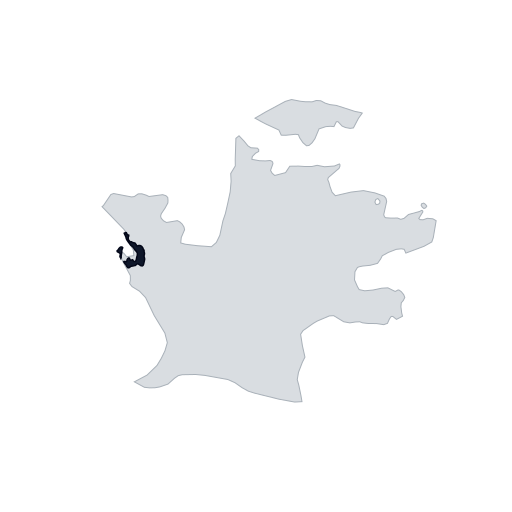 Lankaran District, Lankaran, Azerbaijan (highlighted), rotated 138°
{"feature_id": "54616110B17009633679109", "entity_name": "Lankaran District", "entity_type": "district", "adm_level": 2, "iso_a3": "AZE", "parent_name": "Azerbaijan", "parent_adm1": "Lankaran", "projection": "equal_earth", "projection_center": [49.011, 39.075], "detail": "fine", "context": "in_parent", "style": "filled", "palette": "ink", "viewbox_px": 512, "rotation_deg": 138, "n_neighbors": 0, "source": "geoboundaries", "source_scale": "gbopen_adm2", "svg_char_len": 5089}
<svg xmlns="http://www.w3.org/2000/svg" viewBox="0 0 512 512"><g transform="rotate(138 256 256)"><path d="M337.4,395.7L335.6,395.6L322.7,398.8L320.0,397.7L309.0,383.2L306.7,381.6L302.0,381.0L299.2,378.6L296.9,374.7L295.7,371.8L284.3,364.0L282.6,361.1L282.4,358.6L284.1,356.3L286.0,354.4L291.6,352.4L298.1,350.8L300.2,349.5L301.2,347.5L301.2,344.1L300.1,340.8L290.8,334.9L289.8,332.3L289.5,329.1L290.1,325.8L291.5,323.3L299.1,319.8L303.2,316.1L300.7,312.1L292.6,302.8L282.9,292.7L276.4,292.6L269.0,295.6L257.0,304.3L250.4,308.0L241.7,314.1L232.3,320.9L224.5,328.2L219.6,334.2L211.1,336.8L206.7,341.8L192.2,356.9L188.2,356.7L188.0,349.2L188.3,343.3L187.4,339.9L182.8,335.2L182.8,333.2L184.1,331.9L187.6,332.7L192.2,332.4L194.4,330.6L189.6,324.4L185.3,320.3L181.6,317.5L180.8,315.8L180.8,314.7L181.6,313.3L187.9,309.9L188.6,306.8L188.2,303.3L178.3,298.2L170.8,300.1L164.2,294.3L159.9,289.9L154.6,285.1L149.9,282.5L145.4,276.5L137.5,270.4L132.4,268.6L132.5,267.7L133.5,266.6L135.6,265.6L149.8,265.9L151.6,264.8L152.5,262.1L154.5,258.2L156.8,252.5L156.7,247.7L142.6,239.9L132.4,232.7L125.4,223.3L120.7,214.7L120.9,211.8L122.4,209.1L133.5,201.2L134.3,199.1L134.1,197.7L130.2,193.7L125.4,189.5L123.9,186.4L120.8,184.9L114.9,184.8L104.6,179.6L102.4,179.1L101.9,178.1L102.5,177.1L109.9,175.0L109.8,173.3L107.6,171.1L103.5,169.4L99.7,165.3L98.5,161.7L112.0,151.0L116.0,148.8L124.7,150.8L142.7,157.9L141.4,161.8L143.2,164.1L147.3,167.1L155.2,170.1L162.0,171.7L165.4,170.4L170.6,169.2L177.4,172.7L183.5,177.2L186.6,179.0L188.3,179.6L193.0,178.1L198.8,172.3L201.1,165.4L201.8,162.0L198.5,157.4L191.8,152.4L184.2,148.0L179.3,144.1L176.3,136.5L173.1,135.7L172.4,134.7L171.9,132.1L172.1,128.4L173.2,125.6L176.3,124.4L179.4,124.0L182.3,121.3L185.9,116.1L187.4,113.2L194.0,114.9L194.8,119.6L196.0,120.6L198.8,120.0L203.4,118.0L207.0,119.5L211.6,125.1L218.0,131.0L221.5,135.0L222.9,137.7L226.2,140.4L231.0,143.5L234.8,148.4L238.2,159.7L241.6,162.4L254.1,166.7L258.5,167.6L270.9,169.1L275.2,168.0L281.6,158.2L287.3,148.1L292.7,146.0L302.3,141.1L308.1,136.5L310.5,131.6L316.0,122.2L319.3,117.0L325.0,121.6L334.8,134.3L348.8,155.0L352.2,160.8L354.5,167.6L356.4,175.9L359.6,183.1L373.9,201.5L380.1,208.3L390.2,217.1L393.8,219.1L398.5,219.7L407.1,219.7L415.1,223.1L419.1,225.6L423.2,229.1L426.8,233.1L430.6,243.9L416.7,240.4L402.8,240.9L394.9,243.3L387.2,246.4L379.9,250.9L375.3,259.7L371.5,279.9L365.9,298.9L366.1,307.7L368.6,316.2L368.3,320.2L365.7,321.9L362.5,325.5L358.1,343.0L356.0,346.5L353.2,348.7L352.4,346.6L352.6,342.0L346.5,338.0L343.2,342.5L341.0,352.2L336.5,362.3L336.3,364.3L337.4,395.7ZM131.6,216.5L132.3,213.8L130.5,212.6L128.7,212.5L127.1,213.9L127.0,217.2L129.2,217.8L131.6,216.5ZM84.4,295.5L82.3,292.7L81.4,291.1L87.6,289.8L97.9,286.0L100.7,287.9L103.6,291.7L105.1,295.0L105.2,301.0L106.5,302.0L111.5,300.0L113.7,302.4L117.5,305.4L124.1,308.3L133.8,303.7L138.6,302.6L142.6,302.7L144.7,304.1L145.3,308.8L144.5,314.6L143.3,317.8L145.3,320.1L153.1,325.8L156.4,328.9L154.7,334.3L160.4,347.6L162.3,352.7L164.5,359.1L152.5,356.6L130.8,351.3L124.9,348.5L119.3,341.1L116.0,337.5L111.1,333.0L107.1,331.2L104.0,328.0L102.3,323.3L99.8,319.1L95.5,314.1L85.7,297.2L84.4,295.5ZM99.4,183.1L98.1,184.0L96.0,183.1L95.5,181.0L95.7,178.8L97.7,178.3L99.4,178.9L99.8,180.9L99.4,183.1Z" fill="#d9dde1" stroke="#a8b0b8" stroke-width="1"/><path d="M335.3,335.2L335.4,335.5L335.2,336.7L334.7,337.5L334.7,338.2L334.5,339.3L334.6,340.0L334.8,340.7L335.2,341.4L335.9,342.1L336.4,342.4L337.2,342.7L337.8,343.0L337.6,343.6L337.5,344.5L337.4,345.3L337.3,346.0L337.3,346.7L337.9,347.5L338.4,348.2L338.8,349.0L339.0,349.9L339.6,350.3L340.0,351.0L340.0,351.7L340.0,352.9L339.7,353.8L339.2,354.5L338.3,355.5L337.2,356.0L336.6,356.7L337.2,357.6L337.1,359.1L336.7,360.1L337.1,360.7L338.7,361.1L339.2,359.7L339.5,358.5L340.2,356.7L340.8,355.7L341.2,354.3L341.4,352.7L341.6,351.4L341.7,349.6L341.9,348.1L341.7,346.8L341.5,345.3L341.5,344.0L341.9,342.0L341.9,339.9L341.9,339.1L342.2,337.6L343.0,336.7L343.7,336.0L344.6,335.4L345.5,334.9L346.2,334.3L347.3,333.5L348.2,333.0L348.9,332.8L349.6,332.9L350.3,333.5L350.4,334.6L350.2,335.3L350.2,335.8L351.5,336.4L352.2,337.0L351.8,338.4L351.5,339.1L352.0,339.8L353.0,339.9L354.5,339.4L355.1,338.8L356.2,338.5L357.1,339.7L357.8,340.3L358.2,340.2L358.3,339.3L358.5,338.2L358.5,337.1L358.7,335.5L359.0,334.6L359.1,333.1L358.4,332.3L357.5,332.1L356.0,332.1L355.2,331.6L353.9,330.8L352.6,330.1L352.0,329.7L351.1,329.7L349.5,329.7L349.2,329.4L348.8,328.6L348.5,327.8L348.3,326.6L348.0,325.7L347.1,324.7L346.2,324.6L345.2,325.0L344.2,325.7L343.2,326.4L342.1,327.2L341.1,327.9L340.3,328.9L339.9,329.8L339.2,331.0L338.2,331.6L337.2,332.4L336.7,333.2L336.2,334.2L335.4,335.1L335.3,335.2ZM358.0,344.7L357.2,345.1L356.8,345.6L356.2,346.2L355.4,346.9L354.2,347.8L353.3,348.6L352.4,349.5L351.6,350.3L350.5,350.8L349.5,351.3L349.5,352.2L350.3,353.1L351.4,353.4L352.8,353.3L354.1,352.9L355.1,352.8L355.8,352.8L356.2,352.1L356.1,351.9L355.9,350.9L355.3,349.7L355.4,348.8L355.8,347.9L356.6,347.4L357.6,346.5L357.8,345.7L357.9,345.0L358.0,344.7Z" fill="#0f172a" stroke="#020617" stroke-width="1.5"/></g></svg>